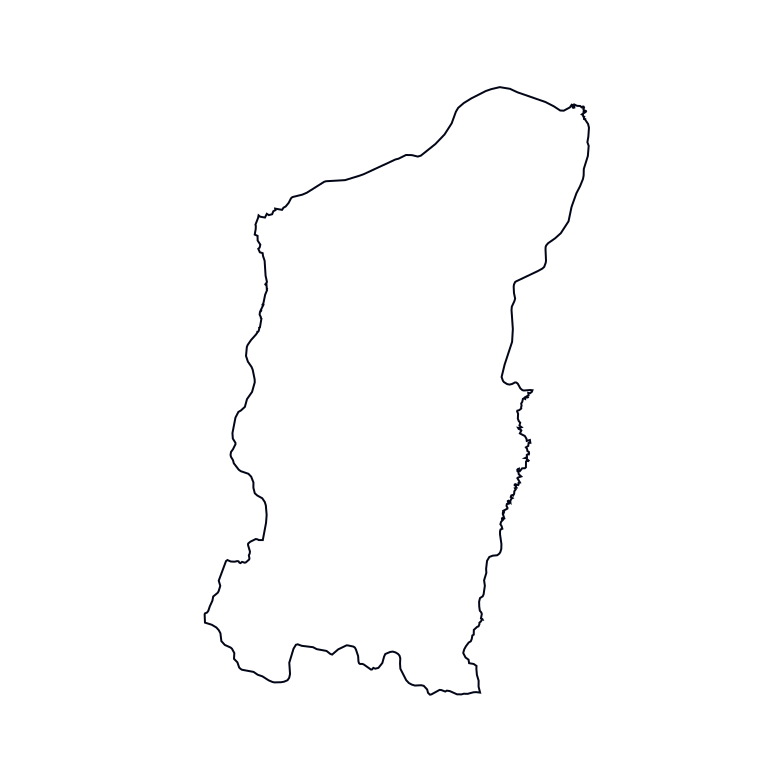 Buachet, Surin, Thailand (Robinson projection), rotated 11°
{"feature_id": "78962969B96676572304128", "entity_name": "Buachet", "entity_type": "district", "adm_level": 2, "iso_a3": "THA", "parent_name": "Thailand", "parent_adm1": "Surin", "projection": "robinson", "projection_center": [103.998, 14.484], "detail": "fine", "context": "isolated", "style": "outline", "palette": "ink", "viewbox_px": 768, "rotation_deg": 11, "n_neighbors": 0, "source": "geoboundaries", "source_scale": "gbopen_adm2", "svg_char_len": 6120}
<svg xmlns="http://www.w3.org/2000/svg" viewBox="0 0 768 768"><g transform="rotate(11 384 384)"><path d="M526.4,73.6L525.2,74.7L523.6,73.7L520.4,74.1L517.3,73.3L516.8,74.6L517.8,75.3L518.1,76.3L517.0,76.8L516.4,76.4L515.5,74.1L515.0,74.0L513.7,77.0L508.3,81.4L504.8,81.9L497.7,79.0L488.7,76.4L459.4,72.2L451.3,70.2L441.0,70.5L433.0,74.1L428.0,77.0L415.3,86.9L408.7,93.0L404.1,98.8L402.6,103.1L400.7,115.2L395.8,127.5L388.6,138.7L376.6,152.8L373.8,154.3L367.7,154.0L361.9,155.0L355.2,160.1L352.4,161.4L323.9,182.0L320.2,184.2L306.9,191.3L288.5,196.0L286.7,196.9L271.7,211.0L267.7,213.7L258.4,218.0L257.3,219.4L255.8,224.5L253.6,228.5L251.7,230.1L250.7,232.5L243.7,232.6L244.3,234.0L242.4,235.5L241.8,238.7L238.7,240.2L236.5,239.3L235.4,243.3L230.6,243.4L228.7,242.4L228.7,244.9L227.4,252.2L228.0,253.2L228.5,256.3L228.6,262.0L231.6,262.7L232.6,267.3L236.0,270.8L235.9,273.8L234.8,275.3L237.0,278.4L239.9,278.7L240.8,281.4L243.3,285.8L247.1,300.3L249.6,306.1L249.2,308.2L248.7,308.2L248.5,308.9L249.1,309.3L249.7,308.9L250.6,312.3L251.0,312.6L250.8,313.3L251.3,314.1L250.3,319.0L250.2,327.8L249.8,328.9L250.5,329.1L250.4,329.8L249.8,329.9L250.1,330.6L249.1,334.5L249.5,335.4L249.3,335.9L248.8,335.7L248.5,337.1L248.7,339.7L250.4,341.9L250.4,342.6L251.2,343.2L251.4,352.0L250.7,352.6L251.0,353.5L250.8,356.0L250.3,356.9L249.7,357.0L249.7,358.1L248.8,360.0L245.1,366.2L242.7,371.7L242.3,373.8L243.2,382.8L246.1,388.0L250.7,392.5L252.4,395.1L256.1,404.0L256.8,407.0L256.0,416.9L252.4,425.0L251.8,433.0L248.6,437.3L246.4,439.2L244.6,445.3L244.6,461.1L246.0,466.4L249.4,470.1L249.7,471.5L248.2,476.9L246.8,479.9L246.9,482.9L247.7,484.7L250.3,487.6L251.7,490.5L257.7,495.8L260.0,496.9L268.0,498.0L271.3,500.3L274.6,505.5L275.6,510.8L278.0,515.9L280.8,517.6L286.3,519.4L289.5,522.6L291.2,525.8L293.8,535.0L294.7,542.8L294.8,560.3L290.8,561.1L289.4,560.6L287.6,560.7L282.8,564.4L281.1,566.5L281.2,567.9L284.4,574.1L284.5,576.2L284.0,577.9L285.2,580.9L285.1,582.0L282.4,585.5L281.3,586.0L278.6,585.7L277.3,587.2L276.2,587.0L275.0,585.8L273.6,585.9L271.4,586.9L267.5,587.5L263.9,586.7L262.7,588.0L259.3,608.6L261.8,613.4L261.2,619.0L260.6,620.7L256.9,625.2L256.9,629.4L255.4,635.7L254.8,640.3L253.9,642.1L252.0,643.4L251.9,644.4L253.8,652.4L260.9,653.2L265.9,655.0L268.8,657.2L271.0,659.9L273.4,667.4L277.5,670.5L283.8,672.0L285.3,672.9L288.4,676.7L289.2,682.4L293.2,685.2L295.9,689.9L297.5,691.0L299.2,691.6L310.9,691.5L315.5,693.5L320.5,694.2L327.3,696.9L331.5,697.8L333.5,697.8L339.8,696.4L342.7,695.3L345.8,693.2L347.0,690.5L347.1,686.6L344.2,675.7L345.7,661.1L347.3,656.8L349.0,656.0L353.2,656.7L364.5,655.9L368.6,657.1L378.5,657.0L382.8,659.2L384.7,659.5L389.7,653.2L397.1,647.7L398.3,647.5L404.1,647.6L405.7,648.3L407.1,650.0L410.5,656.0L411.9,661.3L412.8,662.9L413.9,663.4L416.1,662.9L417.7,663.2L425.7,666.8L426.7,666.5L427.7,664.7L429.8,665.1L432.7,663.7L435.6,658.2L436.1,651.6L436.8,648.8L441.1,645.9L443.7,645.0L446.6,645.3L449.3,646.3L451.0,647.6L452.3,650.1L453.1,655.5L454.4,660.4L462.3,670.5L465.5,672.8L468.7,673.8L471.9,674.1L478.0,672.6L480.6,672.7L484.6,675.6L486.2,678.8L488.4,680.2L489.8,679.6L496.9,673.7L498.7,673.5L502.8,674.2L504.2,673.0L507.2,672.9L515.0,674.7L519.2,673.9L521.5,672.8L525.2,672.2L530.5,669.6L533.1,668.9L537.2,668.6L534.6,663.1L533.5,657.2L530.7,651.8L529.0,645.9L528.6,643.1L525.4,641.7L520.8,641.8L519.6,638.5L516.2,636.9L513.2,633.1L513.1,632.3L513.4,629.1L514.5,625.7L516.5,621.6L518.3,620.0L518.8,617.4L518.7,614.0L519.9,612.9L519.1,608.2L521.7,604.7L523.0,603.9L523.5,601.6L523.2,600.1L524.5,598.5L525.1,596.4L525.7,596.4L525.4,596.0L523.9,595.6L523.9,591.2L523.2,589.8L521.3,588.2L519.9,584.1L518.9,579.5L519.1,575.8L521.4,573.6L521.9,571.5L521.5,562.8L519.7,557.6L520.5,549.9L519.5,545.9L518.9,537.9L520.4,533.7L523.4,531.8L527.8,530.5L529.6,528.5L530.3,526.6L530.6,523.5L529.8,518.7L526.6,509.5L526.0,506.4L526.2,504.5L527.8,503.5L526.5,501.0L525.0,499.4L525.3,496.8L527.0,494.2L526.7,493.6L525.7,494.3L525.4,493.4L526.8,492.3L526.9,493.2L527.7,492.9L525.4,488.9L525.3,487.9L526.0,488.2L526.3,486.6L525.3,485.7L528.9,482.8L528.9,482.1L527.5,480.3L527.5,478.4L529.5,477.6L529.8,476.7L528.1,476.1L527.9,475.3L528.6,474.8L530.7,476.2L530.3,474.8L530.9,472.3L531.9,471.5L530.0,470.8L530.2,469.1L531.2,468.5L532.0,468.9L532.7,467.0L532.4,464.4L533.4,462.4L532.4,461.3L533.9,460.5L532.9,459.5L533.0,458.6L531.6,458.4L531.5,457.7L532.0,457.3L535.0,457.6L535.3,457.0L535.0,455.4L536.3,454.8L532.9,451.0L533.5,450.2L536.3,448.6L533.5,446.9L532.6,444.4L531.7,444.2L531.2,442.8L531.6,442.0L532.6,441.4L532.8,443.5L534.0,443.6L535.7,440.4L538.4,439.8L539.2,438.7L538.2,433.1L538.7,432.1L540.2,432.2L540.6,431.6L538.7,430.5L538.5,429.7L536.6,429.8L538.3,428.5L537.7,426.4L538.4,425.6L539.6,425.5L539.7,424.7L539.2,423.1L537.6,422.5L536.8,420.4L535.4,419.1L537.4,417.3L537.2,414.2L538.9,413.8L537.9,411.1L535.0,412.6L534.3,410.6L532.2,408.2L526.8,406.6L527.7,403.4L527.1,402.9L524.9,402.5L524.0,401.5L525.0,401.5L527.3,400.2L524.9,399.0L525.1,396.0L523.4,394.7L522.0,392.5L521.3,387.6L519.9,385.5L520.0,384.7L521.7,383.9L523.4,381.9L523.0,380.4L523.2,379.1L522.4,377.0L523.1,375.2L523.2,372.1L523.9,371.4L525.3,371.7L524.9,370.3L525.2,369.8L526.8,370.1L527.7,369.6L526.8,368.6L528.1,367.6L527.3,365.2L529.1,365.2L530.6,363.5L530.9,361.8L528.7,362.0L522.5,363.7L521.0,363.6L518.7,362.3L515.3,358.2L513.6,357.3L512.2,357.5L509.8,359.5L507.4,360.6L504.9,360.6L501.3,359.2L500.1,358.1L498.1,354.7L498.7,341.9L501.7,318.2L500.0,305.5L495.1,287.2L494.7,283.7L496.2,277.7L496.4,275.1L494.2,269.8L492.7,263.6L492.6,261.5L493.3,258.8L494.3,257.9L513.7,243.6L517.4,240.5L518.9,238.5L519.6,234.2L519.5,232.0L516.9,221.2L516.5,218.6L516.8,217.0L518.2,214.5L524.2,208.3L528.8,202.2L534.1,189.1L534.3,174.6L534.8,171.1L536.5,160.0L538.7,152.5L540.2,144.8L540.2,141.3L539.1,134.8L540.6,121.3L539.5,111.2L537.5,107.8L537.4,102.3L536.3,93.3L534.7,89.8L531.1,86.2L531.0,85.6L529.8,85.7L529.3,84.1L529.5,83.5L528.5,83.3L528.1,82.1L526.8,81.6L530.1,78.4L530.3,77.7L530.0,77.4L528.4,77.3L527.9,77.9L527.8,76.7L527.1,75.9L527.7,74.7L527.1,73.7L526.4,73.6Z" fill="none" stroke="#020617" stroke-width="2"/></g></svg>